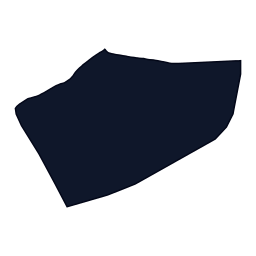 Al Wadi', Abyan, Yemen (Mercator projection)
{"feature_id": "15242507B19618049480108", "entity_name": "Al Wadi'", "entity_type": "district", "adm_level": 2, "iso_a3": "YEM", "parent_name": "Yemen", "parent_adm1": "Abyan", "projection": "mercator", "projection_center": [46.038, 13.695], "detail": "fine", "context": "isolated", "style": "filled", "palette": "ink", "viewbox_px": 256, "rotation_deg": 0, "n_neighbors": 0, "source": "geoboundaries", "source_scale": "gbopen_adm2", "svg_char_len": 1653}
<svg xmlns="http://www.w3.org/2000/svg" viewBox="0 0 256 256"><path d="M233.9,108.9L240.6,74.1L240.6,60.7L240.1,60.7L238.8,60.9L237.5,60.9L236.2,60.9L235.2,60.9L183.3,63.3L178.2,63.5L177.2,63.5L175.9,63.5L174.6,63.5L173.2,63.5L171.7,63.5L170.3,63.3L169.0,63.1L167.6,62.7L166.2,62.4L164.8,62.1L163.4,61.8L161.9,61.6L160.5,61.3L159.1,61.0L157.6,60.7L156.2,60.5L154.9,60.3L153.6,60.0L152.3,59.9L150.7,59.8L149.4,59.7L147.9,59.5L146.4,59.2L145.1,58.9L143.6,58.5L142.3,58.5L140.8,58.4L139.4,58.3L137.6,58.0L136.3,57.9L134.8,57.6L133.4,57.4L132.0,57.3L130.4,57.1L128.9,56.8L127.6,56.6L126.1,56.2L124.8,56.0L123.2,55.8L121.7,55.5L120.1,55.2L118.8,55.0L117.0,54.8L115.7,54.6L114.4,54.3L113.2,54.0L111.8,53.8L110.5,53.4L109.3,53.1L108.1,52.7L106.9,51.7L105.9,50.7L105.2,49.6L104.7,49.3L104.4,49.7L103.4,50.5L102.3,51.3L101.0,52.0L99.7,52.6L98.7,53.4L97.4,54.2L96.0,55.1L94.9,55.9L93.8,56.6L92.8,57.3L91.6,58.2L90.5,59.1L89.5,59.8L88.2,60.9L87.0,61.8L85.9,62.7L84.8,63.5L83.7,64.3L82.7,65.1L81.8,66.1L80.6,67.1L79.6,67.9L78.7,68.8L77.5,70.0L76.5,71.1L75.5,72.2L74.8,73.2L74.0,74.4L73.2,75.7L70.2,79.0L64.5,82.8L64.2,82.9L62.9,83.3L61.6,83.6L60.4,83.9L59.1,84.5L57.9,85.0L56.3,85.6L55.2,86.2L54.0,86.9L52.9,87.5L51.8,88.2L50.7,88.8L49.4,89.6L48.0,90.4L46.9,91.1L45.8,91.7L44.7,92.4L43.6,93.0L42.3,93.6L41.1,94.2L39.5,95.2L38.3,95.7L37.0,96.2L35.8,96.6L34.5,96.9L33.2,97.3L31.8,97.7L30.5,98.1L29.0,98.4L27.8,98.8L27.6,98.9L19.7,104.0L16.9,106.4L15.4,108.4L16.2,114.0L21.5,125.6L38.9,153.7L43.0,161.3L55.8,185.1L56.3,186.1L67.1,206.7L107.7,194.9L135.1,184.0L215.2,139.0L226.4,127.0L233.0,113.9L233.9,108.9Z" fill="#0f172a" stroke="#020617" stroke-width="1.5"/></svg>